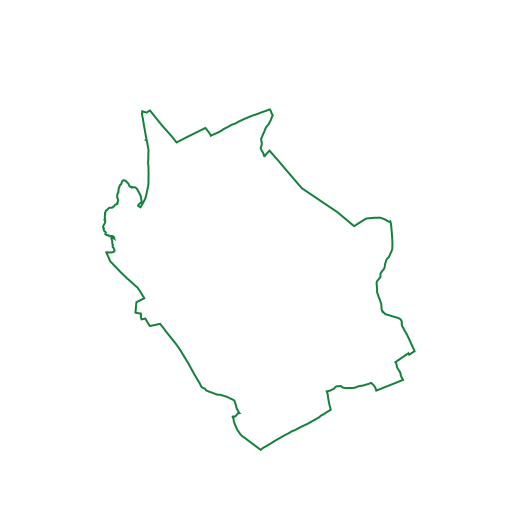 Romani, Neamt, Romania, rotated 328°
{"feature_id": "2599482B46958665010452", "entity_name": "Romani", "entity_type": "district", "adm_level": 2, "iso_a3": "ROU", "parent_name": "Romania", "parent_adm1": "Neamt", "projection": "natural_earth1", "projection_center": [26.711, 46.815], "detail": "fine", "context": "isolated", "style": "outline", "palette": "green", "viewbox_px": 512, "rotation_deg": 328, "n_neighbors": 0, "source": "geoboundaries", "source_scale": "gbopen_adm2", "svg_char_len": 6109}
<svg xmlns="http://www.w3.org/2000/svg" viewBox="0 0 512 512"><g transform="rotate(328 256 256)"><path d="M340.1,420.7L341.5,409.9L342.0,405.7L342.4,402.7L342.5,396.7L342.5,396.4L342.7,396.0L342.8,395.3L342.7,393.9L342.8,393.1L343.0,392.2L343.7,390.5L344.4,389.7L344.6,389.4L344.8,389.0L345.0,387.8L345.0,386.3L344.7,385.6L344.1,384.4L343.4,383.5L342.3,382.3L341.2,381.0L339.9,379.7L338.4,377.8L335.9,375.1L334.6,373.3L334.3,370.8L333.8,370.7L333.9,369.2L334.4,367.5L336.6,363.5L337.0,362.4L337.6,359.4L338.0,358.2L338.1,357.6L338.1,356.3L338.6,354.9L338.8,353.8L339.5,350.9L339.9,350.1L340.6,349.2L342.3,346.0L343.3,344.1L343.8,343.0L344.6,342.1L345.3,341.6L346.5,341.1L349.2,340.1L350.1,340.0L350.7,339.3L351.6,337.8L352.4,336.8L353.8,336.1L356.9,335.1L358.2,334.5L359.7,333.1L360.4,332.1L361.2,331.2L364.2,328.7L364.7,328.3L365.6,327.9L368.4,327.2L370.8,325.4L373.3,323.9L375.4,322.1L376.8,320.0L378.8,316.9L381.7,311.7L386.7,302.0L387.8,299.5L387.9,298.7L388.2,297.8L387.6,297.8L387.0,297.4L386.6,297.0L385.0,293.9L383.4,291.5L382.2,290.0L380.9,288.8L380.2,288.4L378.3,287.4L377.0,286.5L369.9,282.9L368.6,282.6L361.9,282.6L355.0,282.7L348.4,262.3L330.9,223.1L330.0,218.0L329.6,215.0L328.8,209.9L327.6,201.8L326.7,196.2L326.2,192.2L326.0,191.0L325.0,184.2L324.6,182.6L324.3,180.3L324.1,179.2L324.0,178.3L323.3,173.8L317.8,175.3L316.4,175.8L316.2,175.9L315.9,175.4L315.9,175.1L316.0,174.8L316.3,174.1L316.5,173.7L316.7,171.4L316.7,169.0L317.1,167.1L317.3,166.8L319.7,164.8L320.4,163.9L320.7,163.5L321.1,162.2L321.6,161.3L322.4,159.3L323.3,158.8L326.3,156.6L329.0,154.9L331.7,152.8L334.2,151.6L336.0,151.2L337.5,150.4L340.8,148.4L343.4,146.3L344.6,145.8L345.0,142.6L345.3,141.3L345.5,139.1L345.2,139.0L344.8,138.8L341.3,138.2L337.7,137.3L332.3,136.3L328.5,135.3L326.1,134.8L319.4,133.7L313.1,132.9L308.6,132.7L305.7,131.9L299.9,131.6L298.2,131.4L295.2,131.2L294.4,131.2L294.1,131.4L293.2,131.4L288.2,131.0L281.4,130.0L281.6,129.1L281.6,127.0L281.3,123.1L280.9,120.6L259.9,118.5L248.8,117.6L247.8,109.0L245.4,94.9L243.2,76.4L239.1,76.3L236.2,73.0L235.3,74.4L235.0,74.7L234.8,74.7L234.6,75.2L233.7,77.1L232.7,79.9L231.8,82.0L229.4,87.7L229.3,88.3L229.1,88.7L228.7,89.5L228.3,90.8L227.6,92.3L226.8,94.3L224.8,99.4L224.4,99.4L224.2,99.4L224.6,100.0L224.5,100.3L224.2,101.5L222.7,104.8L221.2,108.7L220.7,109.7L219.3,111.6L216.1,116.6L215.6,117.2L213.2,120.9L213.0,121.3L212.9,122.0L208.7,128.9L208.1,130.1L207.8,130.3L207.3,130.9L206.7,132.1L203.0,137.8L202.1,139.0L194.1,147.3L192.5,148.6L190.1,150.1L183.9,153.5L182.6,151.1L182.6,150.9L182.7,150.7L183.9,150.2L185.2,149.9L186.9,149.7L187.4,149.5L187.9,149.0L188.2,148.5L188.7,147.0L189.0,146.5L189.4,145.3L189.9,144.7L190.1,143.6L190.2,143.3L190.1,142.1L190.4,141.6L190.4,141.0L190.3,140.4L190.3,139.9L190.5,139.4L190.4,138.0L190.7,136.7L190.5,135.6L190.5,135.3L190.0,134.0L189.6,133.4L187.0,132.1L187.3,131.5L186.1,130.7L186.0,130.4L185.7,129.9L186.1,127.2L186.0,126.6L185.7,125.3L185.6,124.3L185.4,123.6L185.2,123.1L184.3,122.0L183.9,121.6L183.2,121.4L182.9,121.4L182.0,121.9L179.6,123.6L179.3,123.8L178.3,123.8L176.8,124.8L176.4,125.3L175.6,125.8L174.4,127.1L174.0,127.9L173.4,128.4L173.0,129.1L172.3,129.4L172.1,129.4L171.6,129.8L171.3,130.0L169.4,132.7L168.7,135.5L167.2,137.1L166.5,137.3L166.3,138.2L166.1,138.4L163.8,137.9L163.1,138.0L162.2,138.6L161.8,138.7L160.9,138.5L160.0,138.9L158.2,138.0L157.5,137.5L156.8,137.4L154.0,138.0L152.7,138.0L152.2,138.4L152.0,138.8L151.1,139.2L150.8,139.5L150.5,139.9L150.6,140.1L150.5,140.4L150.1,140.6L150.0,141.0L149.1,141.8L148.7,142.4L148.3,143.2L148.1,143.4L147.9,143.7L147.8,144.3L147.5,144.4L146.7,145.0L147.0,145.3L146.8,146.4L144.8,148.3L142.5,149.5L141.7,150.4L141.4,151.0L141.5,151.5L141.7,152.0L141.0,152.5L140.7,153.0L140.6,153.6L140.6,154.5L140.9,155.3L141.1,155.9L141.1,156.4L141.0,156.6L140.1,157.3L139.8,157.7L140.5,159.3L140.9,159.7L141.5,159.9L142.0,160.3L142.1,160.7L142.1,161.6L144.2,162.5L145.1,163.4L145.5,164.7L145.4,165.4L145.0,165.6L144.9,166.1L144.5,165.3L143.8,164.2L143.1,164.0L142.6,164.6L142.3,166.0L142.0,167.1L141.2,168.4L140.5,170.0L140.5,170.8L139.3,172.2L139.2,172.7L139.5,173.5L139.5,174.1L139.2,175.0L139.2,175.7L138.7,176.7L138.3,177.0L137.0,177.0L135.0,176.3L134.1,175.5L132.8,174.9L131.6,173.8L131.0,173.6L129.6,183.3L132.8,198.8L134.8,206.5L136.6,212.5L137.6,216.3L138.1,218.0L138.6,219.2L138.8,219.9L139.0,224.7L138.9,229.7L138.9,231.7L138.9,232.6L130.1,231.8L123.8,240.1L124.0,240.3L124.1,240.6L124.5,241.0L124.9,241.2L125.3,241.5L125.9,242.2L126.6,242.9L127.5,243.3L127.8,243.7L127.4,244.3L127.4,245.1L126.3,246.2L126.1,246.4L126.0,246.9L125.8,247.4L125.4,249.1L129.0,250.4L128.8,256.0L128.9,259.2L138.7,262.7L139.4,268.4L139.6,271.9L141.6,288.9L141.9,295.2L141.7,311.7L141.0,323.7L140.8,332.3L140.9,333.1L140.7,334.4L140.7,335.1L140.6,336.1L140.4,337.6L140.7,338.9L141.0,339.6L142.4,341.4L142.4,342.8L142.6,343.7L144.2,345.9L144.4,346.3L145.6,347.7L147.1,349.7L149.8,353.2L151.0,353.9L152.5,355.1L155.5,358.7L156.4,359.5L160.6,366.2L161.0,367.0L161.0,367.4L160.6,369.2L159.6,372.9L158.8,375.1L158.6,379.5L158.7,380.4L157.9,380.0L157.3,379.9L153.6,381.0L152.7,380.9L152.1,380.3L151.5,379.9L151.2,379.9L150.9,380.0L150.8,381.7L150.5,382.5L149.7,384.2L148.9,387.3L148.0,394.1L148.1,395.6L148.3,398.9L148.5,400.1L148.9,401.6L150.6,405.7L157.2,422.8L160.6,422.5L163.4,422.7L174.5,422.8L183.4,423.1L189.8,423.6L194.6,423.7L195.7,424.2L202.9,424.7L211.3,425.7L224.0,426.2L227.8,425.7L228.8,426.1L233.0,425.9L237.9,426.0L239.7,420.4L241.1,416.7L243.9,410.3L244.2,408.3L246.2,408.9L247.6,409.5L249.0,409.5L251.4,409.9L254.2,409.2L254.9,409.2L255.7,409.4L257.5,410.5L258.6,410.9L259.1,411.3L259.4,411.9L259.4,412.7L259.9,413.6L261.4,415.0L262.7,416.0L264.8,417.1L267.9,419.1L269.1,419.7L271.0,420.3L274.2,420.9L275.1,421.2L278.4,422.7L282.0,423.6L283.3,424.1L286.1,424.5L286.3,424.7L286.6,425.1L286.8,426.2L287.1,426.9L287.3,428.5L287.4,430.2L287.2,432.1L286.7,433.9L315.1,439.0L315.2,435.6L315.6,433.6L316.3,432.4L316.6,430.5L316.6,425.4L316.8,424.5L317.3,423.7L318.0,421.3L318.0,419.9L333.7,419.2L333.6,420.9L340.1,420.7Z" fill="none" stroke="#15803d" stroke-width="2"/></g></svg>